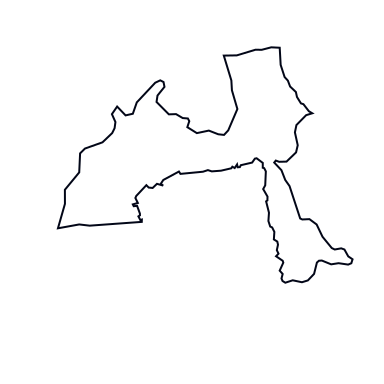 outline of Sánchez, Samaná, Dominican Republic, rotated 72°
{"feature_id": "3306468B64693584443826", "entity_name": "Sánchez", "entity_type": "district", "adm_level": 2, "iso_a3": "DOM", "parent_name": "Dominican Republic", "parent_adm1": "Samaná", "projection": "orthographic", "projection_center": [-69.614, 19.143], "detail": "medium", "context": "isolated", "style": "outline", "palette": "ink", "viewbox_px": 384, "rotation_deg": 72, "n_neighbors": 0, "source": "geoboundaries", "source_scale": "gbopen_adm2", "svg_char_len": 1904}
<svg xmlns="http://www.w3.org/2000/svg" viewBox="0 0 384 384"><g transform="rotate(72 192 192)"><path d="M76.0,187.7L76.7,193.2L89.7,216.8L99.3,224.1L98.6,231.5L87.6,236.8L93.2,244.1L101.8,243.2L107.4,245.9L111.3,249.7L117.1,261.8L117.6,280.4L120.7,286.5L138.5,293.2L150.6,312.2L164.0,316.5L185.1,330.7L188.0,309.3L192.4,299.7L204.9,249.0L202.7,248.2L202.7,249.8L198.6,250.5L198.1,248.7L196.4,248.2L188.2,248.5L187.5,251.8L185.5,252.1L185.7,246.9L180.2,247.7L178.5,246.2L171.4,233.3L174.4,231.8L176.0,228.2L173.4,222.8L177.0,217.4L174.6,219.2L171.7,215.6L168.5,198.1L171.2,197.4L176.1,175.3L176.1,170.1L178.5,166.8L180.7,157.8L181.6,147.3L180.4,145.8L182.4,144.0L179.7,140.6L182.6,140.9L183.1,138.8L181.6,137.3L182.6,125.7L179.7,121.9L179.9,120.1L186.2,115.7L190.8,117.2L191.6,116.0L195.2,115.4L208.3,120.3L211.2,123.4L219.7,121.6L223.3,122.9L223.8,124.4L235.5,125.2L243.2,128.3L249.0,128.3L250.5,126.7L255.4,126.0L262.4,128.8L265.5,126.2L268.7,126.5L273.5,129.3L277.4,128.8L279.1,131.9L285.4,127.0L287.4,127.0L293.9,132.9L298.0,131.1L301.9,133.6L304.6,133.4L307.1,131.3L307.1,123.5L311.8,115.3L311.9,109.1L307.6,101.2L297.7,95.0L296.6,92.5L297.3,89.7L303.8,82.0L305.0,74.6L309.3,65.9L309.0,62.5L305.6,60.1L301.5,63.3L293.8,64.8L291.7,67.5L290.8,74.0L288.5,76.4L274.9,81.7L261.4,83.5L254.1,88.7L252.2,95.6L250.6,97.3L216.5,97.4L209.4,99.6L198.9,100.2L189.4,104.7L188.0,102.6L190.2,99.8L192.3,92.7L186.5,80.8L180.2,77.0L167.1,75.7L160.6,72.0L154.2,59.7L154.3,53.3L151.3,55.9L142.9,58.9L141.4,61.0L134.1,62.8L129.0,62.3L122.0,66.1L115.7,66.4L111.3,68.4L98.5,68.4L81.9,64.0L78.9,71.9L78.3,81.8L76.3,87.6L75.9,107.2L72.1,119.6L98.1,120.1L107.6,122.6L127.1,123.2L144.6,138.5L147.6,143.9L145.2,149.2L138.8,157.0L137.5,169.2L128.9,176.4L123.8,172.7L120.8,173.2L118.8,178.0L113.0,183.1L111.0,190.0L95.4,197.9L89.6,195.0L83.5,185.7L78.6,185.1L76.0,187.7Z" fill="none" stroke="#020617" stroke-width="2"/></g></svg>